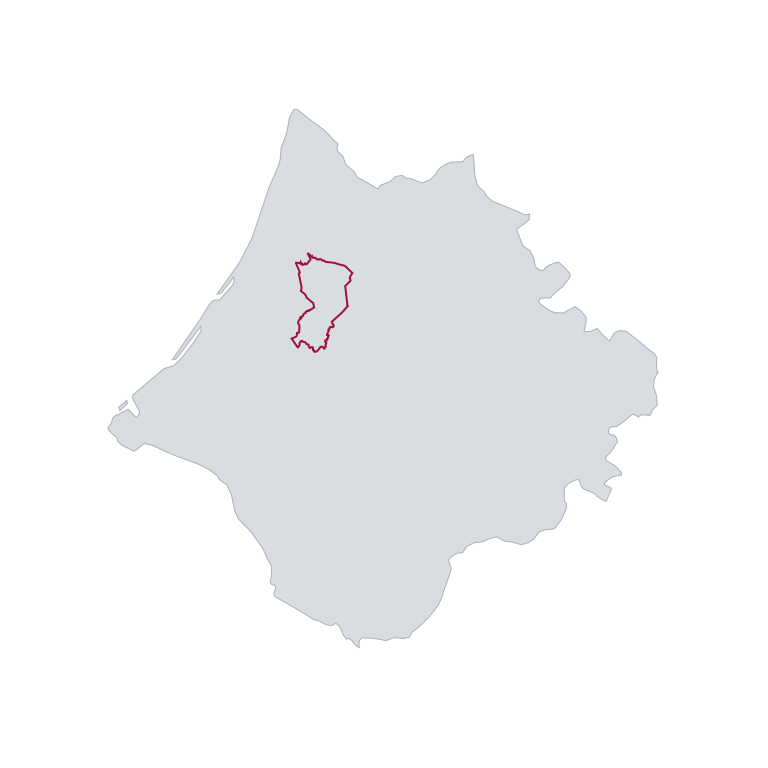 location of Goh, Fromager, Ivory Coast, rotated 130°
{"feature_id": "98640826B83650084589555", "entity_name": "Goh", "entity_type": "district", "adm_level": 2, "iso_a3": "CIV", "parent_name": "Ivory Coast", "parent_adm1": "Fromager", "projection": "orthographic", "projection_center": [-5.701, 6.152], "detail": "fine", "context": "in_parent", "style": "outline", "palette": "rose", "viewbox_px": 768, "rotation_deg": 130, "n_neighbors": 0, "source": "geoboundaries", "source_scale": "gbopen_adm2", "svg_char_len": 9013}
<svg xmlns="http://www.w3.org/2000/svg" viewBox="0 0 768 768"><g transform="rotate(130 384 384)"><path d="M199.4,181.3L201.7,181.3L207.5,179.6L212.9,175.7L217.9,167.6L224.6,161.1L232.1,161.6L234.3,160.4L237.0,160.1L240.1,164.5L243.2,167.7L245.5,167.8L247.1,174.1L260.8,176.7L266.7,178.4L271.6,182.9L273.3,183.1L275.4,182.1L277.1,180.5L277.4,178.8L275.3,174.7L276.2,171.0L278.5,167.8L282.0,167.6L287.3,166.7L293.4,166.7L298.0,167.3L299.8,164.0L298.1,154.7L298.6,149.7L299.3,145.4L301.0,143.6L307.8,149.0L314.0,151.0L318.4,151.2L319.7,150.1L317.8,144.3L318.3,142.5L320.0,141.5L322.9,140.9L330.8,138.5L331.6,139.0L333.1,148.2L332.4,151.3L334.1,157.5L336.1,163.4L336.0,165.8L334.3,169.4L332.3,172.7L332.5,174.1L335.6,176.3L341.7,178.7L347.9,179.2L351.4,175.8L355.1,173.0L357.6,170.6L358.5,166.9L362.4,164.2L373.8,160.9L384.2,160.4L386.7,161.4L391.5,166.5L397.5,170.0L406.6,169.6L413.2,171.7L418.9,175.6L422.8,184.3L427.0,190.6L428.8,199.6L435.5,204.3L440.7,206.4L447.7,212.9L455.0,216.2L462.6,215.4L466.1,218.8L471.7,221.2L477.4,221.4L482.3,213.8L488.8,210.9L505.3,204.8L511.8,202.1L518.4,200.3L534.3,199.7L549.1,201.5L556.5,202.9L561.5,201.8L566.3,205.4L571.3,212.8L575.3,215.2L579.5,217.8L582.6,223.6L586.2,229.5L588.2,232.1L592.7,237.8L596.5,237.9L600.2,235.4L601.8,233.5L602.6,237.3L601.2,243.5L601.5,247.4L603.6,248.8L602.5,253.7L598.2,262.2L598.2,267.1L602.6,268.7L605.7,273.9L607.7,282.9L609.5,285.9L609.7,287.8L613.1,309.6L617.1,331.5L614.7,334.4L611.3,335.2L609.1,336.3L608.5,338.3L609.9,341.3L609.0,344.0L604.8,345.9L595.6,353.0L595.0,355.7L592.6,361.7L590.6,365.3L587.6,372.0L582.9,389.8L581.3,404.6L581.0,409.1L579.2,412.3L577.1,416.9L567.1,429.5L562.1,439.9L562.7,444.4L563.0,448.9L561.5,452.1L561.8,460.8L563.1,468.1L564.9,475.3L572.3,495.5L576.2,507.8L578.6,517.7L580.7,524.3L582.6,527.0L583.5,529.6L594.3,531.4L596.4,532.8L599.4,545.7L598.9,551.6L596.8,553.8L596.9,558.7L596.4,564.9L594.9,567.3L588.8,567.7L584.7,570.0L579.3,569.1L578.7,567.6L575.8,567.1L567.8,563.6L569.0,552.4L565.3,551.9L562.4,553.4L556.8,566.9L554.1,569.3L513.9,562.5L505.1,556.9L494.7,555.7L476.5,556.4L461.5,558.0L457.2,561.4L495.1,559.4L499.2,559.7L501.1,561.8L453.1,566.3L434.8,569.0L429.4,568.3L425.3,564.0L405.4,563.5L401.4,564.9L398.9,568.1L406.7,567.4L419.1,567.2L422.4,569.6L383.7,572.8L356.9,578.9L345.5,583.4L308.1,598.1L285.3,605.0L279.3,607.5L268.9,614.7L255.6,619.2L240.6,627.6L231.4,629.5L229.4,626.8L229.2,612.5L228.0,593.2L228.5,585.9L229.7,579.0L229.8,573.3L234.3,571.1L235.5,568.7L236.2,561.3L240.5,554.5L240.6,542.7L241.9,540.2L242.8,537.1L241.0,529.3L238.7,514.6L237.6,513.6L236.5,514.3L234.2,514.5L224.8,509.4L217.6,508.5L212.5,504.2L212.2,499.3L209.7,496.4L208.0,490.7L205.5,484.1L198.4,480.1L191.7,479.2L187.0,480.0L181.4,479.7L175.0,477.5L170.6,475.0L166.5,470.2L162.6,466.4L159.5,466.8L155.8,465.9L152.1,464.1L150.9,462.8L166.5,447.7L171.7,440.3L172.3,435.7L172.4,431.1L174.1,426.4L174.6,419.3L166.2,393.2L164.1,385.1L161.8,382.7L160.3,381.8L164.7,378.5L170.6,379.4L179.8,382.0L181.8,379.5L188.8,366.3L188.6,361.5L187.9,358.1L192.0,349.1L195.3,345.6L197.0,341.9L196.5,336.8L194.0,334.8L190.8,335.2L187.0,333.9L181.2,330.9L178.3,328.3L179.2,316.4L179.8,312.7L181.9,310.6L185.1,310.1L194.2,309.7L201.5,311.1L207.9,311.9L211.3,311.9L214.1,315.5L217.8,319.1L221.0,319.1L222.2,316.4L221.5,304.7L219.3,298.5L214.5,292.5L201.8,287.3L201.5,280.2L202.8,272.4L205.6,269.6L215.1,264.7L213.4,262.1L210.4,259.2L204.5,256.4L205.9,247.1L206.2,238.9L201.2,239.8L196.0,240.2L191.6,237.7L188.0,232.6L187.4,218.8L187.5,202.9L186.9,195.9L188.3,192.1L192.8,188.7L197.7,184.2L199.4,181.3ZM574.1,569.3L572.0,572.4L561.8,570.5L564.2,567.9L574.1,569.3Z" fill="#d9dde1" stroke="#a8b0b8" stroke-width="1"/><path d="M411.4,474.0L411.4,473.8L411.3,473.6L411.2,473.5L410.8,473.4L410.4,473.5L410.2,473.5L409.8,473.6L409.5,473.6L409.3,473.6L408.5,473.7L408.3,473.8L408.1,473.9L407.6,474.4L407.3,474.7L406.6,474.9L406.3,475.1L405.9,475.2L405.7,475.0L405.4,475.1L405.2,475.1L404.8,475.0L404.5,475.1L404.3,475.1L404.1,475.1L403.8,474.8L403.6,474.6L403.6,474.4L403.7,474.2L403.8,474.1L403.9,473.9L403.5,473.2L403.4,473.0L403.3,472.7L403.3,472.4L403.2,472.2L402.9,471.8L402.7,471.3L402.6,471.1L402.8,470.5L402.8,469.9L402.9,469.7L403.1,469.5L403.2,469.3L403.0,468.4L402.6,467.8L402.4,467.3L402.4,467.1L402.5,466.8L402.6,466.7L402.9,466.4L403.2,466.3L403.3,466.1L403.5,465.9L403.8,465.5L403.8,465.4L403.9,464.7L404.1,464.2L404.0,463.9L403.7,463.6L403.2,463.6L402.8,463.5L402.2,463.2L401.9,462.7L401.7,462.1L401.8,461.8L401.9,461.7L402.3,461.3L402.8,461.0L403.0,460.9L403.3,460.8L403.5,460.7L403.7,460.3L403.7,460.1L403.6,459.9L403.4,459.7L403.3,459.3L403.3,459.1L403.5,458.7L403.9,458.6L404.0,458.5L404.0,458.4L404.0,458.0L403.5,457.2L403.4,457.1L402.7,456.8L401.2,456.3L400.3,456.3L400.2,456.3L399.7,456.2L398.2,456.4L397.7,456.3L397.3,456.4L396.8,456.5L396.3,456.4L396.0,456.2L395.8,456.1L395.6,455.9L395.5,455.7L395.2,455.3L395.0,454.9L395.1,453.8L395.4,452.6L394.4,452.6L394.0,452.4L393.8,452.4L393.3,452.6L392.9,452.8L392.6,452.8L392.4,453.4L392.3,453.6L392.2,453.7L392.1,453.8L391.4,453.8L391.0,454.1L390.5,454.3L389.8,454.5L389.7,454.6L389.6,454.8L389.7,455.2L389.7,455.9L389.6,456.1L389.3,456.2L388.9,456.4L388.8,456.5L388.7,456.8L388.3,457.0L388.2,456.9L388.0,456.7L388.0,456.4L387.9,456.1L387.7,455.9L386.9,456.1L386.9,456.3L386.9,456.6L386.5,456.7L386.2,456.8L386.1,456.7L385.6,456.3L385.4,456.3L385.2,456.3L384.7,456.6L383.6,457.3L383.4,457.4L383.3,457.6L383.1,457.4L382.9,457.2L382.7,457.2L382.4,457.4L382.3,457.5L382.2,457.7L382.2,457.8L382.7,458.6L383.0,458.9L383.1,459.1L382.9,459.4L382.7,459.5L381.4,459.9L380.9,460.0L380.4,460.0L379.8,460.1L379.5,460.3L379.1,460.5L378.9,460.7L378.5,460.7L378.2,460.8L378.2,461.2L378.3,461.3L378.3,461.5L378.2,461.6L377.6,461.4L377.2,461.2L377.0,461.3L376.4,461.6L376.1,461.8L375.9,461.8L375.7,462.0L375.4,461.9L375.1,461.5L374.8,461.6L374.6,461.6L374.4,461.4L374.1,461.3L374.0,461.2L373.9,461.0L373.8,460.1L373.7,460.0L373.1,459.7L372.8,459.5L372.7,459.5L371.7,460.0L371.2,460.6L371.1,461.0L371.0,461.6L371.0,462.2L370.9,462.4L370.8,462.7L370.6,462.9L370.4,463.1L370.2,463.3L369.8,463.3L369.6,463.5L369.5,464.0L369.2,463.9L367.8,463.7L363.1,463.1L360.1,462.6L358.1,462.3L357.1,462.2L356.7,462.1L356.2,462.1L354.0,462.0L353.7,462.0L352.8,462.0L352.1,461.9L351.3,462.0L351.0,461.9L350.4,462.0L349.4,461.9L347.7,461.9L347.4,461.9L347.4,462.1L347.4,462.3L347.4,462.5L347.2,462.8L347.0,463.0L346.9,463.3L346.1,463.8L333.9,476.7L326.5,476.0L324.9,477.8L324.7,478.6L322.0,479.2L321.4,479.3L319.3,479.6L318.7,489.9L319.7,492.3L321.1,495.0L323.1,499.9L325.8,504.0L328.1,507.5L328.0,507.8L328.0,508.0L328.1,508.5L328.0,509.3L328.1,509.5L328.3,509.8L328.7,510.0L328.8,510.2L328.9,510.3L329.0,510.8L329.2,511.1L328.9,511.6L328.9,511.8L328.9,512.0L329.1,512.9L329.3,513.2L329.5,513.3L329.8,513.4L329.9,513.9L330.0,514.0L330.3,514.0L330.6,514.3L330.9,514.3L331.1,514.4L331.2,514.5L331.3,514.9L331.3,515.1L331.5,515.5L331.6,515.9L331.7,516.2L331.6,516.5L331.5,516.9L331.5,517.1L331.4,517.5L331.5,517.7L331.7,517.8L331.8,518.1L331.9,518.4L332.2,518.7L332.6,518.9L332.7,519.0L332.6,519.3L332.7,519.6L332.8,519.7L332.7,520.0L332.9,520.4L332.9,520.5L332.6,520.8L332.8,520.8L333.1,521.0L333.4,521.5L333.1,521.7L333.1,521.8L333.3,521.8L333.2,522.2L333.0,522.4L332.8,522.6L332.7,522.7L332.7,522.9L332.7,523.1L332.5,523.6L332.8,523.9L332.8,524.1L333.0,524.3L333.1,524.6L333.3,524.7L333.3,524.8L333.2,525.2L332.9,525.3L333.0,525.6L332.8,525.9L332.9,526.0L333.1,526.1L335.8,520.3L341.4,520.2L342.1,520.4L342.4,520.5L342.4,520.9L342.3,521.2L342.2,521.6L342.5,521.6L342.7,521.9L342.8,522.1L343.1,521.9L343.4,521.9L343.7,522.1L344.0,522.2L344.5,522.6L345.1,522.9L345.1,523.3L344.9,523.5L345.1,523.7L344.9,523.9L344.5,523.9L344.5,524.2L344.5,524.5L344.6,524.9L344.8,525.1L344.7,525.3L344.8,525.6L344.6,525.8L344.4,526.1L344.7,526.0L345.0,526.0L345.0,525.3L345.3,525.1L345.3,525.4L345.6,525.5L345.6,525.8L345.7,526.1L346.1,526.7L346.0,527.0L346.3,527.5L346.4,527.8L347.1,528.4L347.1,528.7L347.6,529.0L347.7,529.3L348.0,529.2L352.7,520.0L354.2,520.3L362.9,509.3L366.2,507.3L366.0,502.4L366.7,500.4L367.6,498.8L367.6,490.2L370.3,486.7L373.9,487.9L374.6,488.0L374.8,488.3L375.0,488.6L375.3,488.8L375.7,488.7L376.0,488.5L376.4,488.6L376.7,488.9L377.0,489.0L377.1,489.3L377.0,489.6L377.3,489.9L377.6,490.0L377.9,490.0L378.2,490.2L378.9,490.4L379.2,490.2L379.3,489.9L379.6,489.7L380.0,489.7L380.9,490.2L381.2,490.3L381.6,490.4L381.9,490.6L382.2,490.5L382.8,490.3L383.1,490.2L383.3,489.9L383.6,489.8L384.0,489.8L384.3,489.9L384.5,490.1L384.8,490.3L385.1,490.5L385.4,490.5L385.8,490.7L386.1,490.7L386.4,490.9L386.7,490.9L387.0,490.9L387.4,490.7L387.0,489.8L389.3,490.0L390.1,490.2L392.5,489.1L393.5,486.4L398.4,482.6L398.6,482.4L399.2,482.2L399.4,482.2L399.5,482.2L400.2,482.9L400.5,483.4L400.8,483.5L401.1,483.4L401.6,482.8L401.8,482.6L402.0,482.5L402.4,482.3L402.7,482.1L402.8,482.0L403.3,481.9L403.5,481.8L404.1,481.8L404.3,481.9L404.5,481.9L408.6,483.9L411.4,474.0Z" fill="none" stroke="#9f1239" stroke-width="2"/></g></svg>